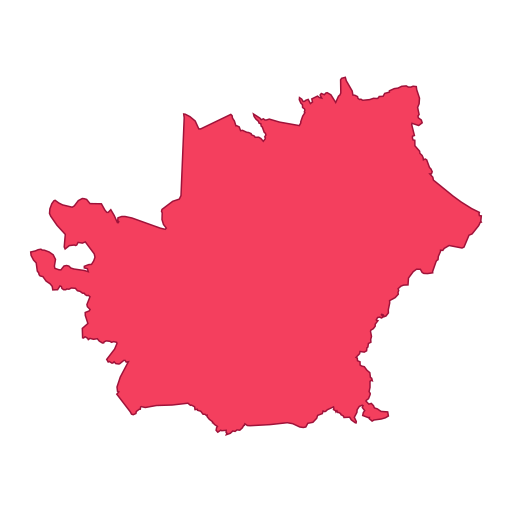 outline of Mambasa, Orientale, Democratic Republic of the Congo
{"feature_id": "63176286B5401694360976", "entity_name": "Mambasa", "entity_type": "district", "adm_level": 2, "iso_a3": "COD", "parent_name": "Democratic Republic of the Congo", "parent_adm1": "Orientale", "projection": "mercator", "projection_center": [28.693, 1.532], "detail": "fine", "context": "isolated", "style": "filled", "palette": "rose", "viewbox_px": 512, "rotation_deg": 0, "n_neighbors": 0, "source": "geoboundaries", "source_scale": "gbopen_adm2", "svg_char_len": 5971}
<svg xmlns="http://www.w3.org/2000/svg" viewBox="0 0 512 512"><path d="M131.5,414.1L133.2,414.7L135.9,413.5L136.3,411.5L139.2,409.3L140.3,409.2L140.6,407.0L141.3,406.6L145.3,407.5L156.4,405.5L172.2,405.0L187.9,403.2L190.4,405.3L191.5,405.1L194.6,406.8L195.0,409.6L197.3,409.3L197.6,410.3L200.7,411.2L203.0,414.2L205.0,414.3L206.4,415.5L207.1,415.2L207.2,416.7L209.3,419.3L212.5,421.7L212.5,422.8L213.4,423.0L214.4,424.4L217.4,426.4L216.6,427.6L216.1,430.3L217.8,432.2L220.7,430.2L221.7,430.7L226.2,430.3L226.1,432.4L226.9,433.1L226.3,434.7L230.3,433.3L232.8,431.0L235.1,431.4L237.0,429.9L239.8,430.2L242.4,427.8L243.7,425.4L244.3,425.4L244.9,423.8L247.3,425.5L250.1,425.7L270.1,424.6L287.3,422.7L292.8,423.7L299.8,427.0L303.3,427.5L305.8,427.0L307.8,423.3L312.9,422.3L316.7,418.3L317.6,415.4L322.3,413.6L323.1,411.0L324.2,411.6L325.6,411.4L327.4,409.7L333.5,406.9L333.9,408.9L333.5,409.6L335.4,410.6L336.0,412.0L336.9,410.8L337.8,412.5L339.1,412.6L340.7,413.7L340.9,414.6L343.4,416.0L344.0,417.5L349.6,417.2L351.3,419.9L355.3,422.8L356.1,422.9L356.3,421.5L354.3,417.3L356.9,412.4L357.1,409.8L359.3,406.4L362.2,405.2L363.0,405.6L362.3,407.5L364.7,410.6L363.3,412.6L362.7,415.5L368.2,417.6L369.4,417.5L369.2,418.6L372.1,421.1L374.0,420.0L381.3,419.0L385.4,417.8L388.4,416.0L387.7,411.9L381.0,411.4L377.4,408.9L374.4,407.9L373.5,405.7L371.3,403.4L368.8,404.1L366.0,401.1L366.1,400.5L368.5,398.7L370.1,394.6L370.2,393.4L369.1,391.6L370.0,387.4L370.0,381.3L371.4,380.3L372.3,380.7L371.7,378.3L370.4,377.3L369.8,372.7L366.9,370.2L364.3,366.7L361.5,366.0L360.1,365.0L360.0,361.8L357.5,360.7L357.3,358.1L356.0,357.4L359.6,353.7L360.0,351.5L364.3,352.1L366.6,350.8L366.9,347.8L367.9,347.0L368.4,343.5L370.9,342.2L370.7,339.4L371.5,336.5L370.5,331.4L370.8,330.2L373.3,328.7L375.2,326.2L375.2,324.2L377.9,320.7L376.4,320.2L376.3,319.7L377.6,317.5L379.7,317.1L381.4,318.0L382.7,317.3L383.1,316.7L381.4,314.8L381.7,314.3L383.3,314.9L384.1,316.7L386.0,316.0L388.4,312.9L388.3,309.9L389.7,303.0L389.6,300.6L395.2,297.6L398.3,294.2L398.0,292.4L398.7,290.5L398.1,288.7L401.0,286.1L403.6,285.1L408.0,284.9L408.5,278.0L413.2,271.7L416.5,269.2L420.4,269.3L422.1,272.4L423.7,273.4L427.5,273.6L432.7,272.8L432.6,271.6L436.0,261.7L436.7,260.5L438.0,259.7L438.3,256.5L440.5,251.4L440.5,250.2L442.8,250.4L444.2,248.4L449.1,245.5L462.0,248.0L464.0,247.1L469.0,235.2L472.1,233.9L478.7,225.6L480.2,222.4L481.3,222.1L480.8,221.2L481.3,215.9L479.4,215.6L479.0,213.7L479.4,212.4L471.7,208.6L461.3,202.1L452.8,195.9L433.4,180.1L432.8,177.2L429.8,173.9L431.5,173.7L432.2,171.7L430.9,168.9L429.5,167.5L426.7,159.9L425.2,159.0L423.4,159.8L423.1,157.6L422.1,155.5L419.9,153.3L419.6,151.2L414.9,145.8L414.8,140.3L413.0,139.9L412.4,137.9L412.5,136.2L414.4,135.5L411.7,124.6L412.0,123.3L418.7,125.5L422.2,122.8L421.3,120.0L418.3,117.8L418.0,116.0L419.1,114.5L417.6,107.4L419.1,103.8L419.5,98.2L416.7,89.7L416.3,86.6L413.1,86.2L410.8,87.1L408.4,87.1L406.2,85.9L401.7,86.3L398.0,88.1L394.3,88.6L389.4,90.8L389.4,92.1L384.7,93.4L383.1,96.3L379.2,96.5L378.3,97.9L377.2,98.5L373.5,98.3L369.7,99.6L362.7,100.3L360.9,99.2L359.6,99.5L358.0,98.4L357.5,96.6L354.9,95.3L352.9,95.0L352.2,91.0L346.3,80.8L345.3,77.3L341.6,78.3L340.6,79.8L340.8,92.9L340.0,94.9L338.5,96.2L335.7,102.5L330.9,94.8L327.2,92.7L325.9,93.0L324.3,94.7L321.3,93.5L320.1,95.0L321.7,98.1L319.3,97.5L317.5,96.1L311.8,98.9L312.5,102.0L310.4,103.6L308.2,99.4L305.7,100.3L304.6,101.3L303.1,101.5L301.7,99.1L299.5,97.6L299.3,99.7L300.9,103.2L302.4,104.6L302.6,107.5L304.5,108.9L304.9,110.3L304.3,111.9L304.9,112.7L302.7,116.1L300.7,121.9L300.8,122.9L299.3,125.6L279.6,122.1L269.3,119.1L266.3,120.0L265.0,120.0L263.4,118.8L261.2,119.7L259.9,118.1L253.5,114.0L254.1,116.5L255.9,119.1L258.5,121.4L259.1,123.2L260.8,123.7L261.2,126.1L262.3,127.0L264.2,132.3L265.4,133.3L265.9,135.0L264.7,136.9L265.4,137.8L265.1,139.0L263.3,141.3L260.9,138.5L258.7,137.2L255.1,137.3L254.4,136.1L251.4,134.7L251.1,133.6L248.5,132.5L246.8,132.3L242.4,130.3L240.6,130.7L239.2,126.9L236.7,125.7L235.9,125.8L234.4,121.0L232.5,118.1L232.1,115.7L230.8,114.4L200.7,128.9L198.8,128.9L195.2,121.0L189.9,116.6L185.2,114.2L183.7,114.0L184.2,117.8L181.0,195.6L179.3,199.1L172.7,201.3L162.0,209.4L161.5,211.3L162.2,212.8L162.0,219.6L163.5,224.5L166.3,228.1L165.2,229.3L160.1,228.1L132.0,218.0L125.1,216.5L121.7,216.5L118.0,217.8L117.7,220.6L118.8,221.7L118.2,222.7L117.4,222.6L114.2,215.5L110.8,209.7L108.2,212.4L106.8,212.4L104.9,210.1L101.4,203.8L90.0,203.6L86.6,199.4L84.2,198.7L82.3,198.5L78.3,200.6L74.3,205.9L72.2,207.2L62.6,204.9L58.8,203.0L55.1,200.3L53.9,200.8L51.8,203.7L49.9,208.8L49.5,213.4L50.7,216.2L57.0,225.3L65.3,234.4L64.2,246.9L65.1,249.0L69.3,245.6L74.3,245.0L75.6,245.5L76.7,245.0L78.1,242.4L82.4,243.1L85.3,241.9L94.2,253.8L95.0,257.2L93.7,260.9L91.5,264.4L88.7,264.6L84.3,266.3L84.3,267.9L87.4,268.7L88.3,271.7L84.3,270.5L73.9,269.0L70.8,268.0L68.9,266.1L66.6,265.5L64.0,266.0L60.9,269.9L59.1,269.8L54.9,268.4L54.4,266.1L55.5,259.4L53.2,254.8L49.2,252.0L44.4,250.2L42.3,250.1L40.9,249.2L38.1,249.7L35.4,250.9L30.7,252.0L31.1,255.4L33.5,260.0L36.2,262.9L37.3,271.1L38.7,272.9L39.1,274.7L40.1,275.9L42.9,276.6L46.1,281.1L50.2,283.9L52.2,286.4L52.8,289.9L57.6,289.7L60.0,285.9L61.4,286.6L61.9,288.4L63.6,289.7L65.8,289.7L66.7,289.0L69.0,289.2L71.3,288.0L75.4,288.3L77.4,290.7L80.1,291.4L82.4,293.1L84.3,293.3L85.2,294.6L86.9,295.6L88.4,295.4L90.0,296.7L86.9,304.6L87.4,306.7L90.1,309.5L89.2,310.9L85.2,312.5L85.3,315.5L87.9,323.5L82.3,328.4L82.6,337.8L83.6,338.0L84.8,336.9L85.4,336.9L87.6,338.3L88.3,339.6L90.0,338.4L93.5,339.3L97.3,338.7L99.3,341.1L102.4,343.0L103.7,342.9L104.2,341.8L106.3,340.9L109.9,341.3L111.5,342.3L113.7,341.6L116.6,342.3L117.0,343.4L114.6,349.1L106.7,359.4L108.2,362.0L109.3,361.5L111.9,363.1L112.9,363.0L114.1,361.8L115.8,363.6L118.7,364.0L119.6,363.8L123.8,360.4L125.1,360.4L126.2,362.1L128.4,361.7L120.3,377.0L117.0,387.0L117.5,391.3L118.8,391.9L116.8,394.2L130.2,411.7L131.5,414.1Z" fill="#f43f5e" stroke="#9f1239" stroke-width="1.5"/></svg>